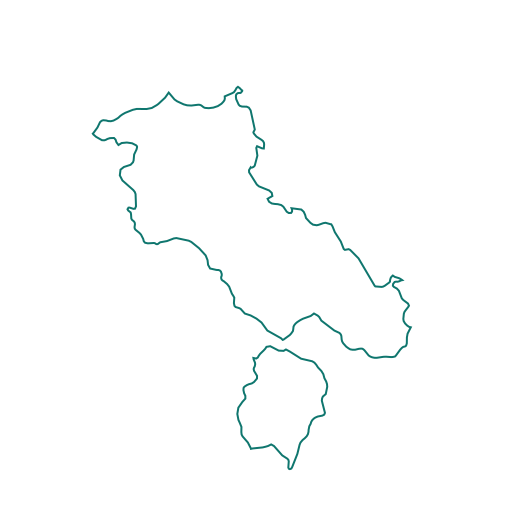 an SVG outline of Tirol, rotated 57°
{"feature_id": "AUT-2329", "entity_name": "Tirol", "entity_type": "State", "adm_level": 1, "iso_a3": "AUT", "parent_name": "Austria", "parent_adm1": "", "projection": "mercator", "projection_center": [11.6, 47.192], "detail": "fine", "context": "isolated", "style": "outline", "palette": "teal", "viewbox_px": 512, "rotation_deg": 57, "n_neighbors": 0, "source": "natural_earth", "source_scale": "10m", "svg_char_len": 5217}
<svg xmlns="http://www.w3.org/2000/svg" viewBox="0 0 512 512"><g transform="rotate(57 256 256)"><path d="M65.5,326.2L64.5,326.2L64.4,325.6L61.9,319.0L58.8,313.9L58.5,311.9L58.9,310.2L60.7,307.9L62.4,306.4L63.9,304.3L64.8,301.8L65.1,298.3L65.1,296.2L64.6,293.4L64.5,290.9L64.7,287.7L66.3,279.7L67.7,275.9L73.1,267.8L75.1,262.8L75.4,257.1L75.3,255.1L73.7,246.0L71.4,240.2L80.3,239.1L83.3,237.9L89.4,234.1L92.1,231.7L94.6,228.3L97.6,222.2L98.5,220.9L99.9,219.9L102.8,218.9L104.0,218.1L106.3,215.1L108.3,211.0L109.5,206.4L109.5,202.0L108.9,199.5L108.2,197.7L107.0,196.4L105.1,195.3L106.5,187.2L106.6,185.3L105.7,183.0L104.5,180.8L104.3,179.0L106.4,178.2L108.7,177.8L109.7,177.4L110.2,177.8L110.8,179.7L110.7,180.5L110.0,181.4L109.5,182.7L109.7,184.5L110.5,185.4L111.6,186.2L113.7,187.2L119.6,188.1L121.2,187.8L123.0,186.4L125.7,182.5L127.7,181.2L131.0,181.2L149.2,188.1L149.7,188.8L150.2,189.8L150.8,190.8L152.0,191.1L156.1,190.6L161.6,188.1L163.6,187.5L165.5,187.7L167.0,188.5L170.1,190.9L169.0,192.3L164.5,195.3L165.5,196.9L172.6,200.2L179.4,207.7L179.8,208.6L179.9,209.9L179.6,211.4L179.1,212.3L178.8,212.3L180.2,215.1L182.1,216.2L196.5,216.4L199.2,215.6L208.2,209.3L211.6,208.4L214.6,209.6L214.3,215.1L217.6,215.5L220.6,214.1L222.5,212.0L224.4,209.5L227.0,207.1L229.6,206.2L235.6,206.1L237.8,205.1L239.0,203.1L238.4,201.6L237.0,200.6L235.3,200.2L241.7,192.7L244.9,191.9L248.3,192.4L251.4,193.4L257.8,192.3L260.8,191.1L263.3,188.3L264.0,186.4L265.1,181.7L266.0,179.6L269.9,176.2L270.4,175.6L272.9,175.7L278.9,176.9L290.1,177.0L297.9,178.6L299.3,178.1L300.7,174.6L302.2,173.7L313.8,171.3L345.4,172.7L346.5,172.5L350.4,167.4L350.9,166.1L351.1,164.2L350.8,158.8L350.5,157.6L349.8,157.2L348.6,156.0L347.6,154.7L347.2,153.6L346.9,151.9L349.1,151.0L352.4,148.2L353.6,147.5L355.6,146.6L355.9,146.5L355.5,147.5L355.2,149.7L354.7,151.3L353.8,152.5L353.3,153.9L354.1,156.2L355.5,157.4L357.0,157.2L360.0,155.6L363.0,155.1L371.0,156.8L373.3,156.4L378.7,154.4L381.0,154.8L381.6,156.0L383.1,160.3L383.8,162.0L384.9,163.4L389.0,166.7L391.0,167.6L393.8,167.7L396.7,167.1L398.8,166.2L400.1,165.0L403.7,171.2L406.5,173.8L411.4,177.1L412.6,178.5L413.1,179.5L413.0,180.4L412.4,182.0L412.5,183.7L413.1,186.1L415.7,192.9L416.0,194.1L415.7,195.0L415.1,196.5L414.1,198.1L411.5,201.5L410.0,203.9L407.1,210.3L406.1,211.8L405.0,213.0L403.8,214.1L402.4,215.0L400.8,215.7L394.1,216.4L392.7,216.8L391.7,217.3L390.9,218.3L389.9,220.2L388.6,223.9L387.2,226.1L385.6,227.8L383.8,228.7L381.2,229.7L376.7,230.4L374.6,230.3L372.8,229.7L369.6,228.0L368.0,227.6L366.0,227.9L361.2,230.9L345.8,236.4L341.6,236.2L339.6,236.7L335.8,238.7L336.1,242.8L334.2,250.7L333.9,253.7L333.9,257.4L334.2,259.6L334.9,261.7L335.7,263.0L338.0,264.9L339.1,266.0L340.2,268.8L340.7,270.8L341.1,278.4L340.9,279.3L338.6,279.8L324.7,287.1L314.8,287.6L308.8,289.7L302.9,292.9L298.2,296.7L291.9,297.7L290.4,298.6L287.7,300.9L286.1,301.2L283.5,300.2L279.1,296.9L276.5,296.7L275.4,296.8L274.4,296.7L274.2,296.7L267.1,295.2L263.8,295.5L259.8,296.7L259.7,296.7L258.4,297.4L257.1,297.7L255.9,297.4L254.7,296.7L254.0,295.7L253.2,295.0L252.3,294.5L249.9,293.9L248.5,294.2L247.3,295.1L246.2,296.7L241.5,301.3L237.3,301.0L233.1,298.9L228.1,297.9L218.5,299.5L209.0,302.6L206.5,304.1L197.6,313.0L196.5,315.4L195.0,322.5L192.4,328.7L192.3,329.5L192.5,331.6L192.2,332.6L191.6,333.2L190.1,333.9L189.5,334.5L186.5,339.8L184.5,341.8L182.6,342.1L180.2,341.3L175.4,340.8L173.1,341.2L168.5,342.7L167.1,342.8L165.7,342.2L163.4,340.2L162.1,339.6L160.7,339.5L158.1,340.3L156.7,340.2L152.8,338.0L151.2,337.4L148.3,338.4L146.8,338.3L146.0,336.6L146.6,335.6L149.7,333.1L150.4,331.7L149.0,329.6L138.5,323.3L136.4,322.8L133.9,323.0L119.9,326.9L114.2,326.3L109.8,322.6L109.4,318.3L111.2,311.5L110.4,308.1L109.2,306.6L104.5,302.9L101.6,298.2L100.2,296.7L99.5,296.2L98.7,296.1L98.0,296.2L94.0,298.5L90.5,302.5L88.1,307.1L88.0,310.9L84.6,311.1L81.9,310.4L79.7,310.8L77.6,314.3L76.9,316.9L76.8,318.5L76.4,320.1L75.0,322.1L69.0,325.2L65.5,326.2ZM387.2,360.5L383.9,360.0L378.3,357.7L373.6,353.4L371.0,347.0L369.8,342.6L367.5,341.1L364.6,340.7L361.7,339.6L360.4,338.7L359.6,337.9L359.3,336.5L359.3,333.9L359.7,331.6L360.2,330.2L360.6,328.8L360.6,326.3L359.3,321.9L357.1,320.4L351.3,320.2L349.5,319.5L348.6,318.5L347.9,317.2L346.3,315.6L344.8,314.9L341.5,314.3L340.1,313.7L342.1,311.7L342.1,309.8L341.1,307.9L340.3,305.7L339.4,301.0L338.8,298.7L337.9,296.7L339.4,293.2L347.7,288.5L350.6,284.5L350.7,281.8L354.5,279.7L366.7,274.1L374.9,266.2L377.2,265.1L380.0,264.7L383.3,264.7L388.1,263.8L391.8,263.9L395.8,265.2L399.5,265.5L402.1,266.2L404.5,267.5L409.8,272.7L410.3,276.5L411.4,278.1L413.2,279.6L425.1,283.6L426.2,285.2L426.0,287.3L424.3,291.5L424.0,293.0L423.8,294.5L423.8,295.3L423.9,296.3L424.3,298.2L425.2,300.0L426.6,301.7L427.8,304.0L430.5,306.6L432.0,307.7L433.7,309.5L434.8,311.7L435.4,314.4L435.7,317.1L436.7,320.3L438.1,322.3L444.5,329.1L452.7,340.6L453.5,342.1L453.4,342.8L453.3,343.3L453.1,343.8L452.6,344.2L452.1,344.3L451.0,344.1L446.1,340.4L444.7,339.9L443.1,340.1L437.5,342.6L425.2,344.4L422.3,345.9L421.9,349.4L421.2,351.7L420.2,354.6L415.6,363.6L415.0,365.2L414.8,365.1L408.0,364.4L400.0,365.5L397.9,365.3L395.7,364.2L391.4,361.3L387.2,360.5Z" fill="none" stroke="#0f766e" stroke-width="2"/></g></svg>